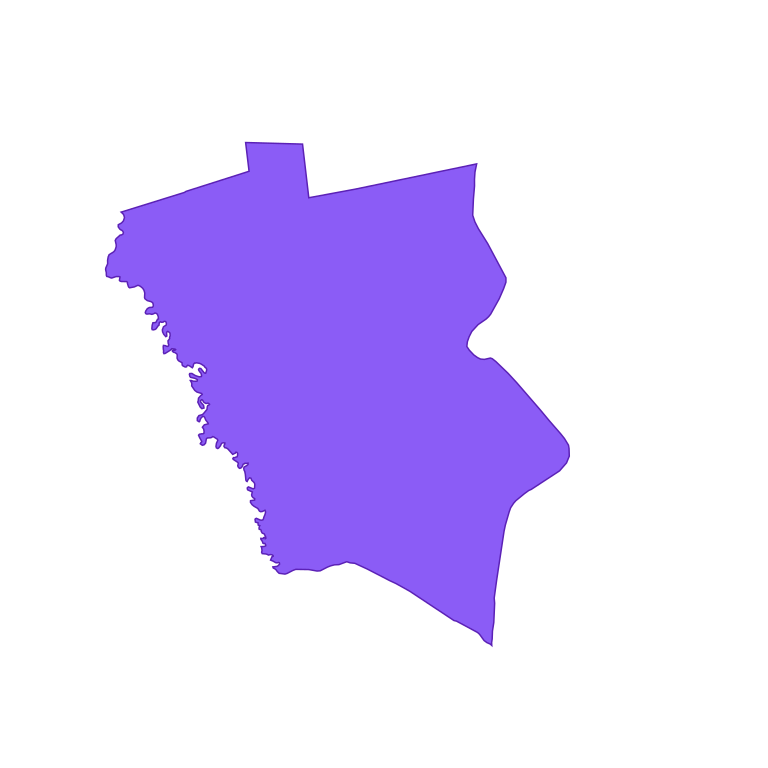 outline of Phnum Srok, Bântéay Méanchey, Cambodia, rotated 150°
{"feature_id": "14789045B65441880035509", "entity_name": "Phnum Srok", "entity_type": "district", "adm_level": 2, "iso_a3": "KHM", "parent_name": "Cambodia", "parent_adm1": "Bântéay Méanchey", "projection": "robinson", "projection_center": [103.399, 13.843], "detail": "fine", "context": "isolated", "style": "filled", "palette": "violet", "viewbox_px": 768, "rotation_deg": 150, "n_neighbors": 0, "source": "geoboundaries", "source_scale": "gbopen_adm2", "svg_char_len": 6171}
<svg xmlns="http://www.w3.org/2000/svg" viewBox="0 0 768 768"><g transform="rotate(150 384 384)"><path d="M570.2,275.0L569.5,272.5L564.8,268.9L562.7,268.4L556.1,268.1L553.1,267.6L541.9,260.9L535.5,255.5L532.6,254.1L524.5,253.7L521.2,253.2L517.4,252.2L513.3,250.1L505.1,248.7L502.8,246.1L498.9,243.3L491.0,232.1L477.4,210.9L473.4,205.2L465.4,191.8L441.7,144.2L439.8,142.4L427.2,122.0L426.4,119.5L425.6,111.8L424.2,108.6L422.0,105.6L421.4,103.7L420.1,106.2L417.8,109.1L413.6,115.8L408.2,122.5L405.2,127.2L397.8,138.8L395.6,143.5L384.6,157.7L353.7,196.4L349.4,201.2L339.6,210.6L336.2,213.5L331.4,215.9L328.2,217.0L317.4,218.8L311.9,219.4L309.1,219.1L275.4,221.0L265.4,224.4L259.6,228.9L256.0,235.6L254.8,238.8L255.0,246.7L255.9,252.6L259.2,269.5L261.6,283.4L268.4,318.8L271.2,331.2L275.9,347.5L277.6,351.8L278.9,353.3L284.7,355.1L287.9,357.3L289.8,360.1L291.7,364.3L293.2,370.6L293.5,375.1L290.6,379.0L286.6,382.4L281.7,385.6L272.8,388.4L263.1,389.2L259.7,390.0L256.8,391.1L241.6,400.2L232.8,406.7L227.5,411.2L225.3,415.0L224.0,453.6L224.6,471.3L224.2,479.0L222.8,485.8L214.0,499.6L206.6,510.2L203.3,516.0L199.2,522.1L193.7,528.3L311.7,567.2L356.0,582.9L334.6,632.5L383.1,662.3L394.5,635.7L459.1,649.8L461.1,649.7L525.7,664.3L524.9,661.6L524.9,660.2L525.6,657.8L528.2,655.5L530.8,654.7L534.5,654.8L535.6,653.0L535.4,650.4L535.0,649.3L534.2,648.2L533.8,646.8L534.0,645.4L535.0,644.4L536.7,644.3L538.0,644.9L543.3,643.8L545.0,642.7L546.3,638.5L547.3,636.8L549.5,634.8L550.6,634.1L552.2,633.6L557.3,633.5L559.3,632.0L561.5,629.4L563.2,626.3L566.9,623.6L567.7,622.6L568.1,621.7L568.8,619.3L570.1,617.0L570.3,615.8L569.3,614.9L567.6,612.6L566.8,611.9L562.3,611.0L559.7,609.5L559.1,608.7L561.3,606.1L561.1,605.0L560.2,604.1L555.6,601.3L555.4,600.3L555.9,599.4L556.6,596.4L556.6,595.3L556.2,594.5L551.6,592.9L548.1,592.6L547.1,591.9L546.1,590.3L545.1,587.6L545.0,585.1L545.7,582.4L548.2,578.5L548.4,577.3L547.3,574.6L544.5,571.7L543.9,570.5L543.7,569.6L544.4,567.5L545.2,566.6L546.1,566.2L549.0,567.6L551.3,567.6L553.9,566.3L555.1,565.1L555.1,564.0L554.4,563.1L551.9,562.0L550.2,560.4L548.5,560.0L546.9,560.0L546.0,559.2L545.4,557.7L545.8,555.3L546.8,553.1L547.8,553.3L550.3,551.7L551.0,551.4L553.5,552.6L555.4,550.8L557.3,548.1L557.6,547.0L556.7,546.2L555.0,545.7L553.7,545.8L550.6,547.3L549.5,547.4L547.9,549.5L546.5,549.7L545.9,548.8L545.2,548.4L544.2,548.0L543.1,548.2L542.1,547.5L541.8,546.5L542.4,544.8L543.1,544.0L546.4,543.8L548.9,541.7L549.7,539.8L549.9,537.2L549.3,534.1L548.1,534.1L546.8,536.9L545.8,537.7L545.0,537.7L544.5,537.1L543.9,535.1L545.0,532.8L546.4,531.6L546.9,530.5L549.5,529.4L550.6,527.0L550.8,525.6L551.8,524.7L552.5,524.7L553.6,525.5L553.9,526.3L555.7,527.7L556.6,526.7L557.8,524.3L558.2,523.0L559.3,521.4L559.4,520.3L558.3,519.9L552.4,520.1L550.1,520.7L547.5,518.7L547.3,517.9L548.1,517.8L550.5,518.8L550.9,518.0L550.2,516.5L549.4,515.9L548.4,513.7L548.5,512.6L550.3,509.8L550.5,507.8L550.1,506.4L548.3,503.5L549.3,501.3L549.1,500.2L547.7,498.1L546.4,497.6L545.7,498.2L544.7,498.4L543.5,497.2L541.9,493.9L540.7,494.5L539.1,496.3L537.6,496.9L536.7,496.3L535.9,496.2L533.3,494.0L532.2,492.4L530.7,489.3L530.7,488.0L530.2,487.0L530.1,485.8L530.5,484.9L531.4,483.9L533.1,482.5L533.9,483.2L534.2,483.9L534.9,489.0L535.9,489.8L536.7,489.7L537.4,489.2L537.6,488.3L537.4,486.1L537.1,485.1L537.3,484.0L537.8,482.4L538.4,481.8L540.4,482.6L542.2,484.5L543.4,486.0L545.1,489.2L547.0,490.2L547.7,489.7L548.3,487.8L548.2,486.5L544.9,483.4L543.4,481.1L544.3,480.0L545.3,480.3L547.9,481.9L549.3,483.6L550.0,483.9L550.0,481.4L550.4,480.2L551.5,478.5L551.1,473.1L550.0,470.5L546.6,466.9L546.7,465.8L548.5,465.6L551.7,464.5L553.5,462.1L554.3,461.5L554.7,455.9L554.1,453.7L551.9,453.2L550.9,455.7L551.8,460.0L551.3,461.2L549.9,461.6L549.2,460.9L549.2,458.6L548.9,457.7L547.9,456.1L546.3,455.6L545.6,455.0L545.2,453.7L546.3,453.3L547.4,453.5L548.4,452.7L550.0,450.5L554.6,448.8L556.5,448.3L560.1,449.2L562.7,447.9L564.0,445.6L563.0,443.7L562.1,443.9L561.5,444.6L559.7,445.9L557.2,446.6L556.3,446.0L556.0,444.8L556.4,442.0L555.9,438.3L556.1,437.4L560.0,438.5L562.9,437.4L562.7,435.2L563.5,432.9L564.7,431.3L565.7,431.4L566.7,432.0L569.0,432.8L570.2,432.4L570.5,429.6L570.5,426.0L570.7,425.1L571.9,424.8L573.0,424.1L572.0,421.8L570.2,421.3L568.1,422.0L565.3,425.3L564.0,425.6L561.0,424.1L559.9,423.9L558.6,424.1L557.9,423.3L555.9,419.4L556.1,418.3L558.7,416.5L560.7,414.0L561.1,412.5L560.2,411.2L559.0,411.3L556.5,412.3L554.5,413.7L553.7,413.8L552.5,413.4L551.3,412.5L552.0,411.5L553.0,411.0L553.8,410.0L553.7,408.4L552.5,407.4L551.7,405.9L550.2,398.7L547.2,398.5L546.4,399.0L545.6,398.4L545.4,397.2L546.5,395.4L547.6,394.4L549.0,394.8L550.3,394.9L551.1,395.5L552.1,395.1L552.3,394.1L549.8,389.2L549.9,388.1L551.5,386.4L551.8,385.2L551.6,384.0L551.3,383.2L550.4,382.9L549.2,382.9L548.3,383.3L545.9,385.0L545.1,384.7L544.0,384.9L543.3,384.3L541.3,383.4L542.0,382.3L543.3,382.0L546.8,382.0L547.8,380.8L548.3,379.1L548.3,377.9L549.3,375.0L551.7,369.8L551.7,368.6L551.3,368.0L549.5,369.2L547.4,370.0L546.3,368.9L546.7,366.8L545.8,363.8L545.8,362.7L546.2,361.5L548.2,358.5L549.7,358.6L552.9,362.7L554.2,362.5L554.8,361.6L555.0,360.5L552.0,356.3L554.1,354.2L554.5,352.7L554.2,351.0L553.3,349.3L554.1,348.2L557.9,349.7L558.8,348.4L558.6,345.5L557.7,343.1L555.5,339.3L555.4,336.1L554.7,335.1L553.1,334.4L550.2,334.2L550.3,333.1L550.9,331.9L552.3,330.5L554.8,328.6L555.7,327.6L556.9,326.9L558.4,327.4L559.1,328.0L561.7,331.5L562.8,331.6L563.4,331.2L564.4,328.7L563.2,327.4L562.5,326.9L563.5,324.7L562.4,323.4L563.1,323.0L564.3,321.7L564.7,320.5L563.8,319.8L563.5,318.7L564.0,317.8L564.0,315.8L562.7,314.1L562.9,310.9L563.4,309.5L564.2,309.4L563.9,310.8L565.0,311.1L565.8,310.6L567.9,311.9L568.3,310.9L568.1,309.7L568.1,307.9L568.5,306.9L567.9,305.9L566.9,305.6L566.9,303.7L567.4,303.0L569.0,303.2L571.7,304.6L571.8,303.4L572.9,300.8L574.1,299.5L574.3,298.0L571.2,295.8L570.2,294.7L569.7,293.7L567.3,292.9L566.2,291.8L565.8,290.9L566.2,290.2L567.4,290.4L570.3,288.2L568.6,286.0L567.2,283.5L566.1,282.6L564.6,282.2L564.0,281.5L564.5,280.2L566.6,279.6L567.9,279.6L571.7,281.2L571.9,280.0L571.0,278.6L570.4,277.2L570.2,275.0Z" fill="#8b5cf6" stroke="#5b21b6" stroke-width="1.5"/></g></svg>